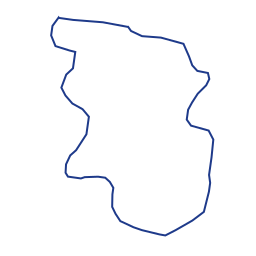 the Statistical Region of Rosoman, rotated 278°
{"feature_id": "MKD-2907", "entity_name": "Rosoman", "entity_type": "Statistical Region", "adm_level": 1, "iso_a3": "MKD", "parent_name": "North Macedonia", "parent_adm1": "", "projection": "robinson", "projection_center": [21.9, 41.493], "detail": "fine", "context": "isolated", "style": "outline", "palette": "blue", "viewbox_px": 256, "rotation_deg": 278, "n_neighbors": 0, "source": "natural_earth", "source_scale": "10m", "svg_char_len": 904}
<svg xmlns="http://www.w3.org/2000/svg" viewBox="0 0 256 256"><g transform="rotate(278 128 128)"><path d="M26.8,179.9L27.0,174.1L28.8,156.0L30.5,147.2L34.1,135.5L34.7,133.4L41.3,127.6L47.7,123.3L60.1,121.8L66.7,121.8L72.1,117.5L75.6,112.4L75.6,105.1L73.3,92.0L71.5,88.4L71.5,81.9L71.5,75.3L75.0,72.4L83.4,71.7L92.8,74.6L98.8,79.7L116.0,87.7L133.7,87.7L140.3,80.4L144.5,69.5L151.5,61.5L158.7,56.4L172.3,59.4L179.4,65.2L187.7,65.2L196.0,65.2L196.6,59.4L199.0,44.8L209.0,39.0L218.6,39.0L227.7,43.9L227.4,44.1L227.4,58.6L229.2,88.4L228.1,113.8L228.2,114.0L224.5,117.5L220.9,129.1L222.1,148.0L219.1,171.2L207.3,178.5L199.0,182.9L194.2,188.7L193.6,199.5L187.8,201.7L181.2,199.5L171.7,192.3L162.2,187.9L154.5,185.0L144.5,185.0L139.1,190.1L136.7,208.2L128.4,214.1L110.6,214.8L92.8,214.8L85.1,217.0L76.2,217.0L55.5,214.8L45.3,204.6L33.5,189.4L26.8,179.9Z" fill="none" stroke="#1e3a8a" stroke-width="2"/></g></svg>